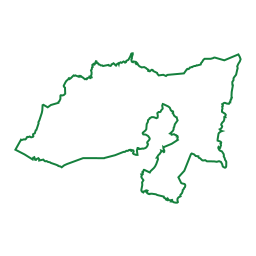 Ejutla, Jalisco, Mexico (Mercator projection)
{"feature_id": "50627088B36966342842371", "entity_name": "Ejutla", "entity_type": "district", "adm_level": 2, "iso_a3": "MEX", "parent_name": "Mexico", "parent_adm1": "Jalisco", "projection": "mercator", "projection_center": [-104.07, 19.901], "detail": "fine", "context": "isolated", "style": "outline", "palette": "green", "viewbox_px": 256, "rotation_deg": 0, "n_neighbors": 0, "source": "geoboundaries", "source_scale": "gbopen_adm2", "svg_char_len": 5828}
<svg xmlns="http://www.w3.org/2000/svg" viewBox="0 0 256 256"><path d="M238.4,54.4L224.3,60.3L214.9,57.6L214.1,57.6L213.2,58.1L210.7,58.8L204.6,58.8L203.4,59.8L202.0,62.1L201.2,62.9L200.7,64.5L197.0,65.5L196.7,65.3L195.4,66.0L194.3,66.0L192.4,66.8L192.2,67.1L191.5,67.0L190.5,67.6L189.8,67.6L189.0,68.8L187.9,69.2L187.5,68.9L186.9,69.2L183.9,73.4L167.3,74.9L166.0,76.0L163.3,74.8L158.7,75.4L157.3,73.7L157.1,72.9L153.2,71.0L152.6,69.9L151.6,69.8L149.8,71.3L149.1,71.2L148.1,70.8L148.4,69.8L146.6,68.7L146.1,68.1L144.2,67.1L141.5,67.4L140.8,66.9L139.5,66.4L137.4,64.1L136.4,64.1L136.4,63.7L135.7,63.3L136.0,62.5L136.5,62.5L135.9,61.9L133.5,61.5L133.0,62.2L131.8,61.7L131.3,59.7L131.9,58.4L131.9,57.0L132.8,54.2L132.7,53.3L131.8,53.4L131.3,53.7L130.3,56.4L128.8,59.1L128.3,59.9L126.4,60.8L126.0,62.1L125.1,62.6L124.7,62.0L123.5,61.5L121.7,62.8L120.5,62.3L118.9,63.5L118.8,64.0L118.5,63.2L117.1,64.0L116.0,65.6L115.4,65.2L114.4,63.9L113.4,63.3L112.9,63.9L111.6,64.3L111.2,65.4L110.6,65.9L109.0,65.6L108.6,64.9L103.0,66.0L102.2,65.4L100.7,65.4L99.4,64.4L98.6,64.4L98.1,63.3L96.9,62.8L96.5,61.4L96.0,61.2L95.4,62.5L95.7,63.3L95.0,63.8L94.6,63.6L94.1,63.7L94.3,64.6L94.1,64.7L93.2,64.2L92.3,65.0L92.7,67.0L92.0,67.4L91.7,69.6L91.0,70.3L91.6,72.4L91.5,74.6L91.0,75.5L91.6,77.3L90.8,77.4L90.5,78.1L90.2,78.1L89.3,76.9L89.1,77.4L86.8,78.4L86.8,79.2L86.6,79.3L85.4,79.0L84.9,79.2L82.7,77.4L81.5,76.8L81.3,76.4L80.7,76.6L80.2,75.9L79.2,75.9L78.9,76.8L75.3,75.4L74.7,75.8L73.6,75.4L70.8,78.2L69.6,79.0L69.0,78.1L68.8,78.2L68.6,78.9L66.2,81.1L65.3,82.6L63.7,85.8L63.9,86.6L65.0,87.7L65.2,93.7L63.7,95.1L62.1,95.5L60.9,95.2L60.6,95.4L60.4,95.8L60.4,98.9L59.4,101.1L58.6,101.8L58.5,102.8L50.9,105.0L47.7,107.3L43.4,104.8L42.6,105.2L42.3,110.4L41.8,112.9L39.4,120.3L38.4,122.2L38.6,123.3L36.4,129.9L35.7,130.3L34.8,133.3L33.2,134.1L33.0,134.9L33.4,136.2L33.0,136.8L31.5,137.3L30.7,137.2L29.7,136.5L28.6,137.0L27.3,136.9L26.8,137.3L26.7,137.8L25.8,139.1L25.1,139.5L24.0,139.3L21.5,140.1L21.0,139.7L15.4,149.7L24.5,154.4L32.7,159.5L33.2,157.7L34.3,157.2L35.2,159.8L36.0,159.9L36.7,159.0L38.4,158.2L39.2,159.2L39.2,160.5L43.3,159.6L44.5,160.9L45.2,161.3L46.7,161.1L47.7,161.8L50.2,162.4L50.8,162.9L55.8,164.6L58.0,165.5L58.3,166.0L60.5,166.5L61.7,167.3L64.2,165.3L67.1,164.0L83.2,158.1L104.2,158.2L104.4,158.0L115.1,155.2L123.5,151.9L124.8,151.9L126.4,150.8L127.8,150.9L128.8,150.1L130.0,149.8L130.4,149.8L130.4,150.4L131.4,150.9L132.0,150.1L133.3,150.4L133.7,151.4L133.0,153.2L133.6,154.0L136.1,154.9L137.5,154.9L136.9,150.5L137.6,148.0L138.4,148.1L138.3,148.6L138.9,149.1L141.9,148.7L142.2,148.5L143.3,148.7L145.3,148.1L146.3,147.4L147.5,145.7L148.0,144.1L147.4,143.5L147.2,142.3L149.5,139.5L149.7,138.7L149.4,137.8L148.1,136.0L145.7,134.6L143.3,134.4L142.7,133.4L142.8,132.7L145.4,130.5L146.3,129.2L146.7,124.1L147.9,121.9L148.0,120.2L149.6,118.7L149.7,118.2L151.8,117.1L153.8,117.2L156.4,118.2L157.6,117.6L157.8,115.6L157.3,113.2L158.6,112.0L159.9,112.1L160.5,111.8L161.3,110.2L162.6,108.8L162.7,108.3L162.2,105.7L162.8,104.0L163.5,104.2L168.3,106.5L169.8,107.7L170.8,110.2L171.5,110.7L171.7,111.2L172.7,111.2L173.1,111.6L173.2,112.2L172.7,113.3L173.5,114.1L174.0,115.5L175.7,117.0L176.7,117.3L176.9,118.5L177.6,120.4L174.8,124.3L174.2,127.0L173.7,127.6L173.6,129.2L173.2,130.3L172.5,131.3L170.1,133.5L171.3,133.9L171.6,134.7L174.0,134.2L175.1,134.9L175.9,135.0L176.4,135.7L176.9,135.8L176.8,136.4L177.5,136.3L177.8,137.1L177.3,139.4L177.8,139.9L171.7,143.8L164.3,146.9L163.8,147.5L163.3,147.1L163.5,148.8L164.3,150.6L164.2,151.9L163.9,152.1L163.3,151.4L161.2,150.6L161.5,151.6L160.8,152.1L159.8,153.8L158.5,155.0L156.8,157.6L157.7,157.6L158.0,159.2L156.3,164.0L155.1,166.4L153.8,168.1L150.7,171.0L149.8,172.5L144.4,169.9L143.8,169.9L143.1,171.7L142.5,171.8L142.4,172.3L142.9,172.7L142.6,173.2L142.7,174.2L141.3,174.4L141.8,175.6L141.3,176.7L141.6,177.6L143.4,180.2L142.1,182.4L142.3,185.0L141.3,190.1L141.8,191.5L143.2,192.4L143.5,191.8L143.4,192.6L143.6,191.5L144.7,191.4L145.2,190.8L145.9,190.5L146.5,190.6L146.7,190.4L147.5,190.7L147.0,191.5L146.2,191.4L146.2,191.9L147.7,193.2L147.6,193.4L148.7,194.0L149.7,194.1L149.9,193.8L151.7,193.7L155.9,194.3L157.2,195.0L163.8,196.6L163.9,197.5L164.4,198.0L166.0,198.6L165.9,199.5L167.2,200.1L167.8,198.7L168.9,200.2L170.4,200.3L172.1,199.9L172.2,200.1L171.2,201.5L172.7,201.6L173.8,202.3L176.0,202.7L177.3,202.6L177.9,202.1L177.4,200.0L177.6,198.5L178.6,197.3L180.6,196.3L180.3,195.6L180.4,194.9L182.0,193.1L182.7,191.1L182.7,190.1L183.8,189.0L183.9,188.3L184.9,187.2L185.3,185.8L185.1,184.6L184.5,184.0L181.7,183.3L181.2,183.0L178.4,177.3L184.3,170.8L190.6,155.0L191.1,154.0L191.7,153.5L194.1,154.4L195.7,156.0L198.4,156.3L198.4,157.1L199.0,157.9L200.0,158.2L202.1,160.2L203.0,160.5L205.3,160.2L206.9,161.3L214.2,161.4L216.7,161.8L219.0,161.2L220.9,161.9L222.1,164.0L222.8,166.5L224.5,167.6L225.4,167.6L225.9,167.1L226.2,166.3L226.3,162.0L225.8,160.8L225.0,159.8L224.7,158.2L223.7,156.4L223.9,155.4L223.6,154.0L221.9,151.4L220.1,150.7L219.3,150.0L218.4,148.3L218.3,147.3L218.5,147.0L219.6,148.6L220.3,147.7L220.3,147.0L221.0,145.4L220.5,143.6L221.0,143.4L221.2,142.4L220.5,141.6L217.6,140.6L217.6,139.5L218.5,133.8L218.9,133.0L220.8,131.5L222.0,131.1L220.9,130.8L219.7,129.3L220.8,128.8L221.8,127.5L222.2,126.2L221.2,124.8L221.3,124.2L222.3,122.5L223.7,121.1L224.3,119.3L224.3,117.1L225.4,117.1L225.1,116.4L225.8,114.9L225.1,113.8L222.0,111.8L222.0,110.0L222.5,108.6L222.2,106.6L222.9,105.9L222.2,104.2L223.1,103.9L223.4,103.3L224.2,102.9L225.1,102.9L226.9,103.6L228.9,103.8L229.9,101.9L230.3,102.1L230.6,99.9L231.2,99.5L231.2,98.1L231.9,97.7L231.5,96.1L231.7,91.9L232.9,85.2L232.4,84.9L232.3,82.0L233.5,80.1L233.5,78.6L233.8,77.7L236.1,74.7L237.3,69.3L237.6,68.7L237.5,67.2L237.2,66.4L238.4,63.7L239.8,61.5L240.6,59.2L239.8,57.0L238.4,54.4Z" fill="none" stroke="#15803d" stroke-width="2"/></svg>